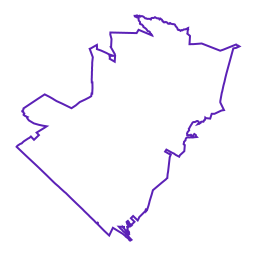 Mapastepec, Chiapas, Mexico
{"feature_id": "50627088B6586948636564", "entity_name": "Mapastepec", "entity_type": "district", "adm_level": 2, "iso_a3": "MEX", "parent_name": "Mexico", "parent_adm1": "Chiapas", "projection": "orthographic", "projection_center": [-92.868, 15.447], "detail": "fine", "context": "isolated", "style": "outline", "palette": "violet", "viewbox_px": 256, "rotation_deg": 0, "n_neighbors": 0, "source": "geoboundaries", "source_scale": "gbopen_adm2", "svg_char_len": 5719}
<svg xmlns="http://www.w3.org/2000/svg" viewBox="0 0 256 256"><path d="M184.3,151.2L184.8,145.1L184.6,144.9L183.9,144.5L183.6,144.1L184.0,142.6L184.0,141.9L184.2,141.6L185.5,140.3L185.6,139.2L186.1,138.2L186.5,137.8L187.3,137.5L188.0,137.3L189.1,137.5L190.9,137.4L192.8,137.5L195.2,137.1L196.1,137.1L196.8,137.0L196.0,136.2L195.8,135.0L194.3,134.0L193.5,135.1L192.9,136.4L192.1,136.4L192.2,135.9L191.1,134.9L190.8,135.4L190.2,135.1L187.2,135.1L187.2,134.2L187.0,133.6L187.6,132.1L189.2,130.2L188.8,128.8L189.3,128.3L189.5,127.7L190.5,126.0L191.0,125.1L191.8,124.0L192.1,123.3L192.7,122.5L193.3,122.1L195.0,122.0L197.0,121.0L197.7,121.1L198.4,121.5L198.6,121.7L198.9,122.9L197.9,124.1L198.5,123.9L199.1,123.9L200.1,123.1L200.4,123.0L200.7,122.8L200.8,122.5L200.8,122.2L201.0,121.9L202.0,121.6L202.9,121.7L203.2,121.5L203.5,121.6L203.9,120.9L204.0,120.4L204.5,120.0L204.9,119.9L205.1,119.6L205.1,119.0L205.3,117.6L205.9,118.1L210.2,118.6L211.7,113.8L214.5,113.8L221.5,110.5L224.0,110.1L220.3,102.5L220.3,101.1L221.8,92.7L222.2,91.5L223.5,85.4L224.5,81.7L225.4,77.6L226.5,73.2L233.3,48.4L236.1,47.9L239.4,46.4L238.1,45.6L237.8,45.7L237.3,45.6L236.9,45.2L236.7,44.8L236.1,44.5L223.2,49.7L220.2,50.7L201.7,43.5L193.8,44.1L189.5,44.2L190.0,36.0L189.7,35.6L188.7,34.9L188.5,34.6L187.9,34.1L187.5,33.9L187.3,33.6L187.6,32.7L187.6,31.5L187.7,31.0L187.8,30.1L187.9,29.9L188.2,29.6L188.0,28.7L188.1,28.0L187.6,28.2L186.9,28.7L186.8,28.9L186.4,29.1L185.7,29.1L185.2,29.4L183.9,29.4L182.4,30.3L182.2,30.3L181.7,30.1L180.6,30.8L180.3,30.4L179.9,30.4L179.7,30.1L178.9,29.8L178.4,30.0L178.0,29.8L177.7,29.5L177.4,28.4L176.9,27.5L176.3,26.9L175.8,26.4L175.6,26.1L175.5,25.7L175.2,25.3L174.9,24.6L173.7,24.1L173.0,24.2L170.8,23.7L170.3,23.1L170.0,23.0L169.7,23.1L169.7,23.6L169.4,23.8L169.1,23.8L168.2,23.7L167.7,23.4L167.2,22.6L166.3,22.1L165.5,22.2L165.2,22.0L164.4,22.4L163.7,22.3L163.4,22.0L163.3,21.4L163.0,21.3L162.7,21.3L162.5,21.2L162.1,20.1L161.9,19.7L161.3,19.4L160.4,18.5L159.9,18.6L159.7,19.4L159.5,19.5L159.3,19.2L159.0,18.7L158.8,18.6L158.7,18.4L158.3,18.3L157.6,18.4L157.1,18.2L156.6,18.2L155.8,17.7L155.3,17.3L154.9,17.2L153.9,17.9L153.3,18.0L152.2,17.9L151.5,18.1L151.0,18.5L151.0,19.3L150.9,19.5L150.7,19.5L150.3,19.1L149.8,18.9L148.6,18.8L147.6,18.9L147.1,18.9L146.5,18.4L145.3,18.4L145.1,18.2L143.5,16.7L142.0,16.1L141.4,16.1L140.3,16.7L139.8,16.7L139.7,16.3L139.8,15.8L139.7,15.7L138.5,16.2L137.4,15.5L136.9,15.4L135.3,15.9L134.7,15.9L134.8,16.3L135.3,16.7L135.7,16.7L136.0,16.9L136.3,17.0L136.5,17.2L137.1,17.1L137.4,17.5L137.9,17.5L138.5,18.1L138.7,18.6L138.6,19.1L138.6,19.8L138.8,20.5L139.1,21.0L139.9,21.8L140.1,22.9L139.9,23.6L140.2,24.1L140.9,24.3L141.4,24.3L141.8,24.5L142.6,25.3L142.8,25.6L143.2,25.9L143.4,26.4L143.3,26.7L143.4,27.0L145.2,28.1L146.0,28.8L146.6,29.4L147.5,30.9L147.8,31.1L148.8,31.3L149.5,31.7L149.9,32.1L150.2,33.2L150.3,33.4L151.1,33.8L151.4,34.6L152.1,35.2L152.2,35.5L138.6,29.8L136.6,33.1L110.4,32.5L110.3,34.5L111.5,39.0L111.1,46.7L110.7,46.9L114.9,54.3L114.4,55.8L115.1,55.9L114.7,61.7L109.7,58.8L109.9,57.7L109.5,55.9L113.6,55.9L108.7,54.2L106.7,53.1L101.2,50.6L96.9,49.1L97.0,46.0L96.9,44.9L90.6,48.5L89.7,48.8L92.8,57.2L92.2,62.6L92.2,65.4L92.0,68.4L92.1,70.0L91.9,71.8L91.9,74.8L91.8,76.4L91.8,77.8L91.7,79.0L91.8,82.4L92.4,82.4L92.5,88.2L92.2,93.6L91.6,93.5L91.2,96.2L89.1,97.5L85.0,99.6L80.3,101.8L79.7,102.1L75.8,105.4L71.5,108.2L61.9,103.5L56.6,101.1L54.1,99.6L52.9,98.8L49.4,96.8L44.7,94.4L37.9,98.8L23.5,108.4L23.4,109.6L23.1,110.1L22.6,110.5L22.3,110.9L22.2,111.3L22.3,111.5L22.5,111.7L23.3,111.9L23.5,112.2L23.7,113.0L23.8,113.2L24.3,113.5L24.0,114.3L23.6,114.6L23.6,114.9L25.0,115.9L25.7,116.1L26.6,116.7L27.6,117.1L27.0,117.7L27.7,118.9L28.9,120.4L33.9,123.4L38.8,124.8L43.0,125.7L46.7,126.3L44.6,127.7L36.6,132.6L38.9,135.1L34.0,139.8L30.9,136.5L29.5,137.8L28.3,138.4L24.0,141.2L22.4,142.6L22.2,142.9L21.7,143.4L21.2,143.6L20.4,143.8L17.5,145.7L16.6,146.8L18.2,148.3L26.3,156.0L36.6,165.6L46.9,175.5L53.2,181.7L55.2,183.6L58.7,186.6L60.0,187.9L64.4,191.9L65.8,193.0L70.3,197.5L76.5,203.5L82.7,209.4L84.3,211.1L89.3,215.9L89.5,216.3L89.9,216.6L94.2,220.7L95.9,222.6L96.7,223.2L97.0,223.4L97.3,223.2L97.3,222.9L97.6,222.6L97.9,222.8L98.0,223.2L97.7,223.7L97.5,223.8L97.5,224.1L98.1,224.6L104.2,230.8L109.2,235.5L112.9,227.8L122.7,233.8L125.2,235.9L125.6,236.5L126.1,236.9L128.3,238.5L129.3,240.0L129.8,240.5L130.3,240.6L131.5,239.8L129.3,237.5L128.1,235.9L126.6,234.6L125.6,233.4L125.1,232.9L122.7,230.8L122.0,229.8L120.8,228.8L118.9,226.7L124.0,226.9L124.0,227.6L123.8,227.7L123.1,227.1L123.2,227.7L123.9,228.3L124.3,228.7L124.9,229.7L125.3,230.0L125.8,230.8L126.6,231.5L129.6,235.0L129.4,234.7L129.1,233.8L128.9,233.3L128.9,233.0L129.1,232.6L129.0,232.0L128.6,231.4L128.3,231.2L127.7,230.4L127.8,230.0L127.3,229.3L127.4,229.0L127.7,228.2L127.1,226.9L127.1,226.7L127.4,226.5L127.8,226.4L128.7,226.8L129.0,226.6L129.3,226.4L129.9,226.2L130.2,225.8L130.4,225.8L130.5,226.2L131.1,225.8L130.8,225.7L130.6,225.4L130.2,225.0L128.7,225.0L128.5,224.8L128.0,224.7L127.5,224.3L127.3,224.1L127.1,223.5L127.0,223.0L127.2,222.5L127.1,222.4L126.9,222.4L126.6,222.1L126.6,221.9L127.9,220.9L128.9,222.2L128.5,222.7L129.1,223.2L129.9,224.0L130.5,224.2L130.7,224.5L131.2,224.7L131.4,224.9L134.5,221.8L130.9,218.2L133.1,216.0L137.7,220.4L138.8,218.3L139.2,217.2L144.9,211.5L145.1,211.7L145.6,210.1L146.2,210.7L146.4,209.8L146.8,210.2L147.0,210.2L148.6,205.3L149.1,203.4L149.7,200.9L151.7,194.5L152.9,190.2L161.9,182.6L166.1,179.2L166.7,178.4L167.3,178.1L167.6,174.3L168.1,171.5L169.7,157.5L169.7,157.3L170.8,154.6L170.1,154.1L170.0,154.4L165.1,151.6L166.4,149.6L172.2,152.8L174.0,153.6L175.9,155.0L179.2,156.7L179.9,155.2L184.3,151.2Z" fill="none" stroke="#5b21b6" stroke-width="2"/></svg>